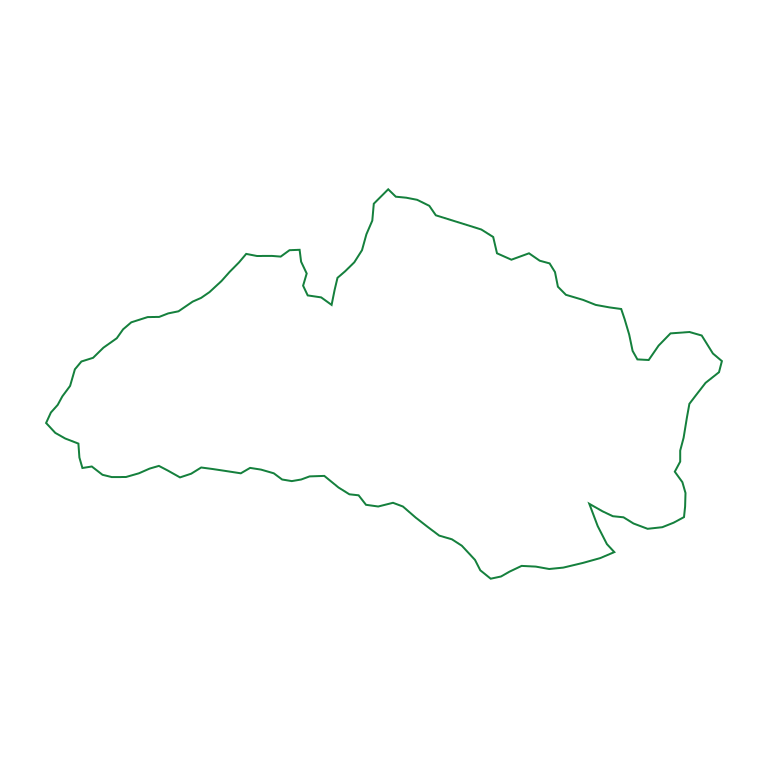 Álvaro de Carvalho, São Paulo, Brazil (orthographic projection)
{"feature_id": "56859067B50626918359022", "entity_name": "Álvaro de Carvalho", "entity_type": "district", "adm_level": 2, "iso_a3": "BRA", "parent_name": "Brazil", "parent_adm1": "São Paulo", "projection": "orthographic", "projection_center": [-49.738, -22.084], "detail": "fine", "context": "isolated", "style": "outline", "palette": "green", "viewbox_px": 768, "rotation_deg": 0, "n_neighbors": 0, "source": "geoboundaries", "source_scale": "gbopen_adm2", "svg_char_len": 1889}
<svg xmlns="http://www.w3.org/2000/svg" viewBox="0 0 768 768"><path d="M529.0,253.3L511.4,259.7L497.0,253.3L493.2,237.0L481.3,229.5L435.8,215.3L429.3,205.8L417.1,199.8L406.2,197.7L395.8,196.7L388.2,189.3L373.8,203.7L372.3,220.6L366.4,234.3L362.0,250.2L354.3,262.3L345.0,271.4L337.5,277.8L334.6,290.0L331.6,304.9L321.2,297.4L307.7,295.4L303.1,285.7L306.7,273.5L301.1,261.7L299.6,249.8L289.5,250.2L280.7,256.6L271.7,255.9L257.0,256.0L246.2,253.9L239.0,262.4L229.6,271.9L221.6,280.9L209.5,292.1L201.1,297.9L192.7,301.6L178.5,311.3L168.2,313.4L159.2,316.9L147.6,317.1L131.3,322.3L123.1,329.3L116.8,338.2L103.4,347.7L93.1,357.8L81.4,361.5L74.9,369.3L70.1,385.9L62.3,396.4L57.7,404.9L50.9,412.5L46.1,423.0L55.3,432.9L65.2,438.5L78.4,443.6L79.4,457.5L82.4,468.0L91.8,466.5L102.5,474.8L111.9,477.1L126.0,477.0L138.9,473.3L149.6,468.6L158.9,465.9L167.9,470.6L180.0,477.4L191.2,473.7L201.2,467.5L212.5,469.0L223.2,470.6L240.8,473.3L250.1,467.9L261.0,469.6L273.8,473.3L282.1,479.5L291.8,481.1L301.2,479.5L309.6,476.4L324.3,475.9L338.5,487.5L349.4,494.3L358.6,495.3L366.0,504.8L378.2,506.5L393.0,502.8L402.9,506.5L415.7,517.6L427.4,526.7L439.2,535.6L451.9,539.3L461.8,545.7L475.0,559.9L480.3,570.3L490.7,578.7L501.0,576.5L509.4,571.7L521.6,565.9L535.8,566.6L549.2,569.0L563.3,567.6L583.0,562.9L600.2,558.1L614.3,552.1L606.9,544.1L597.7,526.1L589.3,503.8L602.5,511.3L612.8,516.2L623.5,517.3L633.5,523.5L647.6,528.8L662.3,527.2L673.6,522.7L684.0,517.1L685.1,506.6L685.5,493.0L682.4,482.2L674.8,471.7L680.2,461.6L680.2,450.6L683.6,437.8L686.9,417.6L689.4,403.8L695.9,395.3L705.6,382.8L719.0,372.2L721.9,361.1L712.9,353.5L701.7,335.5L689.4,332.0L670.5,333.4L658.6,345.6L648.7,360.0L637.4,359.4L632.6,350.9L629.2,334.6L624.6,319.1L621.2,309.0L609.5,307.4L595.7,304.9L583.1,299.9L565.9,294.8L557.9,286.7L555.0,272.1L549.6,263.4L539.7,260.7L529.0,253.3Z" fill="none" stroke="#15803d" stroke-width="2"/></svg>